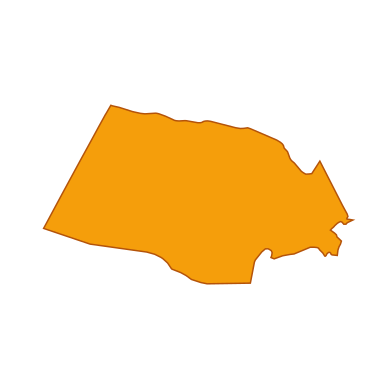 an SVG outline of An-Najaf, rotated 79°
{"feature_id": "IRQ-3061", "entity_name": "An-Najaf", "entity_type": "Province", "adm_level": 1, "iso_a3": "IRQ", "parent_name": "Iraq", "parent_adm1": "", "projection": "orthographic", "projection_center": [43.942, 31.079], "detail": "fine", "context": "isolated", "style": "filled", "palette": "amber", "viewbox_px": 384, "rotation_deg": 79, "n_neighbors": 0, "source": "natural_earth", "source_scale": "10m", "svg_char_len": 1774}
<svg xmlns="http://www.w3.org/2000/svg" viewBox="0 0 384 384"><g transform="rotate(79 192 192)"><path d="M199.4,344.6L194.3,340.4L182.4,330.7L170.4,320.9L158.5,311.1L146.6,301.3L137.5,293.8L128.4,286.2L119.2,278.6L110.1,271.1L99.2,262.0L99.2,261.9L91.4,255.1L92.2,253.8L95.0,247.4L101.8,234.9L105.0,227.5L106.3,223.3L107.7,212.6L108.1,211.4L108.9,209.6L112.5,203.6L118.4,195.4L119.1,193.7L119.8,191.2L120.6,185.3L121.0,183.8L125.1,173.1L125.6,170.5L125.5,168.7L125.1,167.8L124.9,166.8L124.9,165.2L125.2,163.1L126.2,160.2L137.3,136.8L138.9,132.4L139.4,129.0L139.6,125.1L141.1,122.5L157.2,98.9L160.1,95.7L162.0,94.2L163.7,93.4L165.9,93.2L166.6,93.1L169.7,91.1L170.9,90.5L177.4,89.5L179.1,88.9L180.5,88.1L183.1,86.0L192.6,80.7L194.4,79.0L196.2,76.9L196.7,73.2L196.8,70.9L186.1,60.6L233.7,46.9L243.2,43.9L245.8,43.6L247.0,44.7L247.9,45.2L248.4,44.5L248.8,43.2L249.0,42.5L250.2,39.4L251.7,45.2L252.4,46.4L253.0,47.0L252.6,49.1L250.2,50.5L249.4,51.7L249.6,53.0L250.4,55.2L252.3,58.3L253.0,59.1L253.8,60.3L254.3,61.3L255.8,63.4L259.5,59.9L261.6,58.4L262.0,58.4L262.9,58.3L263.7,58.3L268.7,54.7L271.5,56.2L273.8,58.1L276.8,59.8L282.0,61.5L280.5,66.4L280.2,66.8L279.8,67.3L279.3,67.4L278.7,67.5L277.6,68.2L277.4,68.8L277.4,69.5L277.8,70.3L278.2,71.1L278.9,71.7L279.8,72.4L280.4,73.2L280.4,73.7L279.8,74.1L276.9,75.2L273.2,77.7L271.2,78.6L270.4,79.8L269.5,82.7L268.8,86.5L272.3,103.6L272.0,107.5L271.9,115.1L273.3,124.1L271.4,127.0L269.6,125.9L266.8,124.9L264.6,125.4L262.3,128.0L261.8,130.8L264.1,134.9L270.8,142.8L272.7,144.1L292.6,152.1L285.0,194.7L282.6,200.5L277.7,209.3L272.9,213.7L268.9,218.5L263.9,226.4L263.2,226.9L257.0,229.5L251.9,233.3L250.2,235.0L246.0,240.5L242.3,247.9L223.7,302.0L200.8,342.2L199.4,344.6Z" fill="#f59e0b" stroke="#b45309" stroke-width="1.5"/></g></svg>